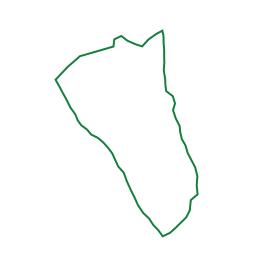 Mesquita, Rio de Janeiro, Brazil, rotated 99°
{"feature_id": "56859067B83991596401746", "entity_name": "Mesquita", "entity_type": "district", "adm_level": 2, "iso_a3": "BRA", "parent_name": "Brazil", "parent_adm1": "Rio de Janeiro", "projection": "orthographic", "projection_center": [-43.451, -22.803], "detail": "fine", "context": "isolated", "style": "outline", "palette": "green", "viewbox_px": 256, "rotation_deg": 99, "n_neighbors": 0, "source": "geoboundaries", "source_scale": "gbopen_adm2", "svg_char_len": 927}
<svg xmlns="http://www.w3.org/2000/svg" viewBox="0 0 256 256"><g transform="rotate(99 128 128)"><path d="M199.8,54.1L189.4,54.7L182.6,48.9L173.8,51.2L164.9,51.9L156.3,55.5L150.2,60.1L143.4,65.1L135.9,68.7L130.6,73.1L124.2,75.7L118.0,77.3L111.1,82.3L103.4,86.3L96.4,85.4L89.6,88.7L85.6,96.0L80.0,97.7L73.7,99.0L65.4,101.7L58.0,102.3L52.2,103.4L45.2,104.5L38.2,106.2L32.0,107.2L26.5,109.3L30.8,114.9L37.2,121.5L45.2,126.8L44.0,134.2L41.8,142.4L38.2,149.0L42.5,155.4L49.8,155.1L52.9,161.7L64.6,186.7L77.1,197.2L91.7,207.1L97.8,202.2L102.7,198.6L108.9,193.7L116.9,188.0L122.6,182.3L128.1,179.0L132.4,174.9L135.9,168.3L140.2,163.4L142.5,156.1L146.2,150.1L150.5,144.8L155.4,139.7L160.7,136.2L167.6,131.6L172.8,125.2L180.8,120.8L189.7,114.9L195.7,110.6L202.9,105.9L209.6,99.6L214.1,93.0L219.7,88.0L224.3,82.0L229.5,76.7L224.9,70.0L219.6,65.7L213.3,61.1L207.2,56.5L199.8,54.1Z" fill="none" stroke="#15803d" stroke-width="2"/></g></svg>